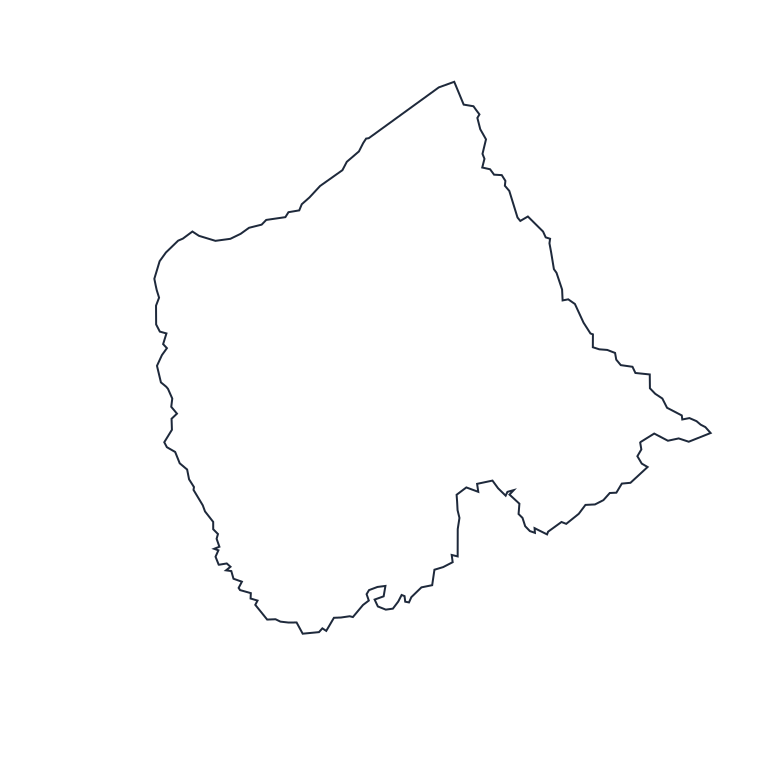 outline of San Germán, Puerto Rico, rotated 232°
{"feature_id": "32010507B44684662227535", "entity_name": "San Germán", "entity_type": "district", "adm_level": 2, "iso_a3": "PRI", "parent_name": "Puerto Rico", "parent_adm1": "", "projection": "robinson", "projection_center": [-67.051, 18.113], "detail": "fine", "context": "isolated", "style": "outline", "palette": "slate", "viewbox_px": 768, "rotation_deg": 232, "n_neighbors": 0, "source": "geoboundaries", "source_scale": "gbopen_adm2", "svg_char_len": 2722}
<svg xmlns="http://www.w3.org/2000/svg" viewBox="0 0 768 768"><g transform="rotate(232 384 384)"><path d="M144.3,611.2L152.2,610.7L157.0,608.5L162.3,607.4L169.1,603.7L172.4,597.2L175.9,599.3L191.0,592.4L201.2,594.4L209.3,591.7L216.9,590.9L227.9,599.3L237.9,588.9L244.6,590.4L253.1,582.2L260.2,582.0L266.2,585.2L273.4,580.9L278.8,575.0L284.4,571.2L294.5,579.2L296.7,577.8L309.5,579.0L329.5,583.7L337.3,581.3L339.9,576.2L348.8,582.5L365.4,588.4L369.9,588.6L385.1,596.9L393.0,601.0L396.2,604.3L400.0,601.7L406.2,603.2L427.4,600.5L428.6,591.8L433.0,591.7L459.0,601.6L465.8,601.3L469.3,604.7L476.1,605.4L481.2,599.6L487.9,599.8L494.1,594.7L499.6,601.8L504.7,603.3L514.0,615.0L525.5,616.7L536.2,621.4L537.7,625.2L543.5,625.3L547.8,625.5L555.1,618.8L578.9,625.4L584.0,609.8L587.1,523.3L588.4,521.0L586.7,516.0L582.7,507.4L582.0,491.5L578.1,482.9L579.4,455.6L576.9,440.1L576.3,429.9L573.0,424.1L578.2,414.5L576.2,409.0L585.8,392.2L584.9,385.7L590.2,373.8L590.6,363.5L593.0,352.3L600.6,339.3L614.7,329.4L622.1,326.9L622.4,315.0L623.7,310.0L621.9,293.1L618.9,282.8L608.3,267.8L602.1,264.7L597.9,262.7L590.5,259.9L586.1,252.6L571.2,241.1L563.3,239.6L557.8,243.7L551.4,234.5L545.9,235.0L543.5,226.8L538.1,216.3L522.6,209.2L515.9,210.7L513.2,210.8L502.9,208.2L497.0,202.3L488.1,202.6L487.4,195.2L478.5,188.7L473.4,175.0L467.9,174.0L459.0,177.6L451.4,175.4L447.3,174.2L437.8,176.2L428.9,171.7L419.8,170.8L417.8,168.7L400.0,166.5L393.8,164.5L380.5,164.5L374.7,160.0L368.0,160.8L365.1,156.8L357.1,154.1L358.7,148.7L354.9,151.1L351.6,144.9L343.4,142.5L343.1,142.8L339.4,149.6L334.5,150.5L334.4,144.8L330.6,148.5L323.2,145.5L315.7,150.3L312.8,143.9L310.2,143.7L301.2,150.3L297.1,146.8L291.2,151.0L289.2,146.6L270.3,146.9L265.4,153.7L260.5,156.1L254.7,162.0L249.9,168.3L237.3,166.2L228.5,180.0L229.4,185.0L225.0,186.5L230.6,200.6L226.5,206.3L222.1,214.0L219.5,216.0L222.8,231.4L222.7,238.7L229.1,240.9L230.8,245.3L228.1,253.9L224.0,260.8L216.9,253.0L219.9,243.9L212.5,242.2L205.1,246.5L201.5,252.7L203.8,261.3L206.9,268.0L204.2,269.6L199.4,266.7L196.5,269.2L199.2,274.3L200.7,288.3L195.8,298.1L206.6,309.4L203.3,317.9L201.3,328.4L207.6,332.1L202.8,335.9L224.3,352.8L232.0,361.0L239.3,364.3L246.3,369.2L252.0,373.0L251.8,385.2L241.0,391.9L248.0,395.9L241.1,410.0L231.6,409.7L221.1,411.1L223.0,414.9L220.5,420.9L219.6,414.8L206.3,417.0L198.7,410.0L193.2,410.7L185.0,407.7L178.3,408.4L173.8,411.3L177.7,413.9L165.1,419.9L166.6,422.4L166.0,438.9L161.6,441.5L161.8,457.6L164.7,468.3L159.2,476.1L157.4,485.4L159.1,494.8L155.3,500.2L159.1,510.1L154.4,517.4L156.3,540.6L162.6,538.1L171.1,539.2L174.0,546.5L180.1,549.8L180.3,550.5L178.6,566.4L164.5,572.8L159.7,582.7L150.9,588.6L144.3,611.2Z" fill="none" stroke="#1e293b" stroke-width="2"/></g></svg>